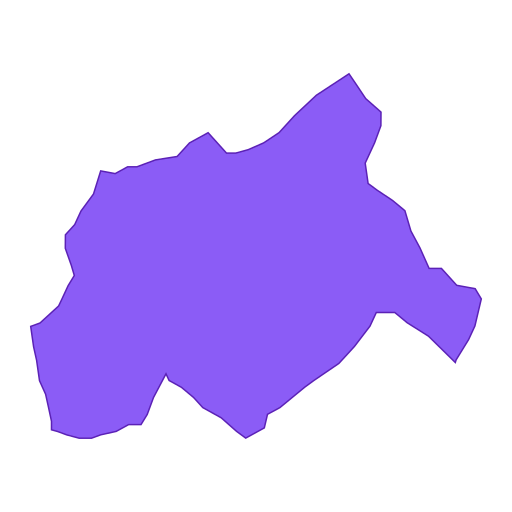 Kophung, Chagang-do, North Korea (Mercator projection)
{"feature_id": "82179303B51910076802628", "entity_name": "Kophung", "entity_type": "district", "adm_level": 2, "iso_a3": "PRK", "parent_name": "North Korea", "parent_adm1": "Chagang-do", "projection": "mercator", "projection_center": [125.859, 40.575], "detail": "fine", "context": "isolated", "style": "filled", "palette": "violet", "viewbox_px": 512, "rotation_deg": 0, "n_neighbors": 0, "source": "geoboundaries", "source_scale": "gbopen_adm2", "svg_char_len": 1185}
<svg xmlns="http://www.w3.org/2000/svg" viewBox="0 0 512 512"><path d="M100.7,170.9L93.5,194.0L81.0,211.0L74.7,224.6L65.4,234.8L65.3,248.3L71.3,265.3L74.3,275.5L68.1,285.7L61.8,299.3L58.6,306.0L40.0,323.0L30.7,326.4L33.6,346.8L36.6,360.3L39.5,380.7L45.6,394.2L48.6,407.8L51.5,421.3L51.5,429.8L57.6,431.5L66.8,434.9L79.2,438.2L91.5,438.2L100.8,434.8L116.2,431.4L128.6,424.6L141.0,424.6L147.2,414.5L153.5,397.5L166.0,373.8L169.1,380.5L181.4,387.3L193.6,397.5L202.8,407.6L221.2,417.8L236.5,431.3L245.7,438.1L264.3,427.9L267.5,414.3L279.9,407.6L292.3,397.4L304.7,387.2L314.0,380.4L338.9,363.4L354.4,346.5L370.0,326.1L376.3,312.5L394.8,312.5L407.1,322.7L428.5,336.2L455.3,362.5L456.1,359.9L468.6,339.6L474.9,326.0L481.3,298.9L476.9,291.6L475.2,288.7L456.7,285.3L441.4,268.4L429.1,268.4L420.0,248.0L410.9,231.0L404.9,210.7L392.6,200.5L377.3,190.3L368.1,183.5L365.2,163.1L374.6,142.8L380.9,125.7L381.0,112.1L365.7,98.6L356.6,85.0L349.0,73.8L316.4,95.2L294.6,115.6L279.1,132.6L263.6,142.9L248.1,149.7L235.7,153.1L226.5,153.1L217.3,142.9L208.1,132.7L189.5,142.9L177.1,156.5L155.5,159.9L136.9,166.8L127.6,166.8L115.2,173.6L100.7,170.9Z" fill="#8b5cf6" stroke="#5b21b6" stroke-width="1.5"/></svg>